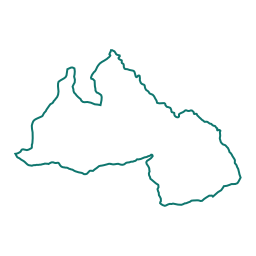 Dungmin, Pemagatsel, Bhutan (Albers equal-area conic projection)
{"feature_id": "84629894B90871610259656", "entity_name": "Dungmin", "entity_type": "district", "adm_level": 2, "iso_a3": "BTN", "parent_name": "Bhutan", "parent_adm1": "Pemagatsel", "projection": "albers", "projection_center": [91.278, 26.981], "detail": "fine", "context": "isolated", "style": "outline", "palette": "teal", "viewbox_px": 256, "rotation_deg": 0, "n_neighbors": 0, "source": "geoboundaries", "source_scale": "gbopen_adm2", "svg_char_len": 5833}
<svg xmlns="http://www.w3.org/2000/svg" viewBox="0 0 256 256"><path d="M67.4,69.2L66.5,75.4L65.6,77.1L64.1,78.3L60.6,80.3L58.6,81.7L58.1,83.3L58.0,86.1L58.5,91.5L58.1,94.6L57.2,96.9L54.5,100.3L53.8,101.0L53.3,101.7L53.2,102.3L52.4,103.1L50.4,104.2L49.4,105.5L46.4,109.8L45.9,111.0L44.0,113.1L42.5,115.9L41.8,116.4L37.3,118.4L35.3,119.4L34.1,120.3L33.2,121.4L32.4,123.4L31.8,125.7L32.0,128.9L32.6,132.4L32.7,138.3L32.4,143.0L32.1,144.2L31.8,145.0L31.9,145.9L31.8,147.6L31.5,148.1L28.7,149.6L26.9,150.1L23.0,149.3L21.7,149.7L20.5,151.7L19.1,152.6L17.9,153.2L16.8,153.6L15.4,153.8L16.5,155.9L17.2,157.1L18.3,157.8L18.9,158.0L20.0,158.7L21.1,159.6L23.7,161.1L25.4,162.5L25.6,162.8L27.6,164.6L28.8,165.2L31.9,165.7L33.4,165.2L35.6,165.1L36.2,164.9L38.6,164.9L39.6,164.7L40.8,164.7L41.7,164.4L44.4,163.8L44.8,163.6L48.0,163.8L48.6,164.0L49.6,163.3L51.4,162.4L53.0,162.3L54.1,162.7L55.2,163.0L56.3,163.0L57.3,162.8L58.0,162.8L58.5,162.9L58.9,163.4L59.3,163.9L59.9,165.0L61.0,166.3L62.2,167.0L63.3,167.3L64.5,167.4L65.0,167.6L67.0,167.7L68.0,168.1L69.2,168.8L69.8,168.9L71.1,169.4L72.2,169.6L72.7,169.8L74.3,170.8L75.4,171.3L78.6,172.3L81.8,172.9L82.7,173.3L83.9,174.1L84.9,174.2L85.9,174.1L86.8,173.8L87.4,173.3L88.0,172.6L89.2,171.4L89.5,171.0L89.9,170.8L91.0,170.7L92.2,170.9L93.0,170.9L93.3,170.6L95.0,169.2L96.6,168.1L99.1,166.1L100.8,165.7L101.3,165.7L103.8,165.2L107.2,164.3L108.9,163.8L110.0,163.8L110.4,164.0L110.9,163.9L111.8,164.2L113.2,164.4L115.3,164.2L116.2,164.0L118.2,163.8L119.7,164.3L120.7,164.6L122.2,164.8L123.3,164.6L123.8,164.5L124.5,164.1L125.8,163.1L126.3,162.8L127.0,162.6L129.5,162.3L130.0,162.1L130.7,161.8L131.5,161.7L132.4,161.7L133.0,161.6L133.6,161.3L135.2,160.9L135.6,160.7L136.3,160.1L136.7,159.6L137.1,159.3L138.6,159.4L139.4,159.2L140.7,159.0L144.5,157.4L146.1,157.1L147.2,156.8L147.5,156.5L148.4,156.2L150.2,155.6L150.5,155.4L151.2,154.7L152.0,154.8L152.4,155.2L152.6,155.8L152.6,156.3L151.0,158.2L148.9,159.7L147.1,160.8L146.3,162.2L146.6,163.8L148.4,166.5L149.2,168.3L149.4,170.7L149.6,171.3L148.9,173.3L149.1,175.2L150.1,177.3L150.2,178.2L150.5,178.9L151.6,179.7L155.6,183.1L156.3,183.6L158.2,184.8L158.5,186.2L158.4,186.7L158.5,187.3L157.5,189.1L158.2,191.6L158.7,192.4L158.8,192.8L158.8,194.0L159.0,195.3L159.9,196.7L160.8,198.6L160.9,200.6L160.9,201.0L160.8,201.5L160.3,202.0L160.1,203.1L161.0,204.0L162.7,205.1L164.8,205.8L165.9,205.5L166.9,205.0L168.1,204.4L169.7,203.9L171.6,204.0L173.0,203.6L178.0,204.6L181.4,204.8L182.0,204.6L183.1,204.2L184.9,203.3L185.8,203.3L186.8,203.0L187.4,202.7L190.1,201.7L191.4,200.7L193.1,200.5L197.3,200.3L198.6,200.4L200.7,201.0L202.1,200.8L204.1,199.0L206.0,197.7L209.2,195.7L211.9,195.6L212.9,196.6L217.9,192.2L221.2,190.2L223.1,187.5L223.8,186.2L226.9,185.8L229.5,184.9L231.4,184.1L235.3,184.0L237.4,183.2L238.5,181.6L240.6,177.6L239.4,174.2L239.1,172.6L238.1,168.7L237.3,167.4L236.8,166.2L236.7,165.5L236.1,164.6L235.4,163.7L235.0,163.4L234.8,162.9L234.9,160.2L234.4,159.1L232.4,156.0L231.9,154.9L231.2,153.8L230.4,152.8L229.7,152.3L229.3,151.7L229.2,150.8L228.0,148.1L227.0,147.1L225.6,145.5L225.0,145.1L224.1,144.8L222.8,144.3L221.5,143.0L220.9,142.1L220.7,141.7L220.4,140.6L219.8,138.6L219.9,137.5L220.1,136.5L220.2,135.6L220.1,134.4L219.9,132.2L220.0,131.6L220.4,130.9L220.2,130.5L219.8,130.2L219.4,130.0L218.9,130.0L217.9,130.3L217.4,130.3L217.1,129.9L217.1,129.4L217.3,129.0L217.3,128.5L216.9,128.1L216.1,127.6L215.4,126.4L215.1,126.1L214.6,125.9L214.1,125.9L212.7,125.3L212.3,125.0L211.6,124.2L211.3,123.9L209.8,123.6L209.3,123.3L207.6,122.0L207.1,121.8L206.1,121.7L205.1,121.8L204.6,121.8L204.3,121.6L203.2,120.6L201.9,119.8L201.6,119.5L200.5,118.4L199.3,117.4L198.5,116.5L197.3,115.4L196.7,114.0L196.3,113.8L195.8,113.8L194.3,114.0L193.9,113.7L193.8,112.6L193.6,112.1L193.3,111.7L192.5,111.1L192.2,110.7L191.8,110.5L190.8,110.4L189.8,110.8L188.8,111.0L187.8,110.9L186.1,110.3L185.3,110.4L184.1,111.4L182.9,112.2L180.6,113.2L179.3,114.0L179.0,114.4L179.0,116.5L178.7,116.9L178.3,117.2L177.8,117.3L176.8,117.2L175.9,116.8L175.2,116.2L174.8,115.8L174.4,114.9L174.3,114.4L174.3,113.4L174.2,112.9L173.7,112.7L172.8,112.4L171.8,112.1L171.5,111.6L171.4,111.2L171.3,110.2L171.0,109.2L170.3,107.9L168.6,107.2L167.1,106.9L166.7,106.7L165.7,105.5L165.4,105.1L165.3,104.1L165.0,103.7L164.6,103.3L164.2,103.1L163.7,103.1L160.2,103.3L159.2,103.3L157.7,103.0L157.0,102.7L156.8,101.7L156.5,100.6L155.2,98.5L154.3,96.7L153.6,95.7L152.6,94.7L150.4,93.8L149.6,93.4L149.1,92.7L148.6,91.8L147.9,91.1L146.2,90.0L145.5,88.9L145.2,88.2L145.0,87.6L144.6,85.4L143.9,84.7L142.2,84.1L141.4,83.5L140.7,82.7L139.8,80.2L139.9,78.3L139.7,76.4L139.6,75.9L139.3,75.6L138.7,75.5L138.0,75.8L137.6,76.2L136.8,77.1L136.3,77.1L136.0,76.8L135.7,76.4L134.7,72.6L134.3,71.6L133.6,70.9L132.7,70.6L129.7,70.0L127.6,69.3L126.9,69.1L125.9,69.1L125.2,69.0L124.5,68.6L123.8,66.9L123.8,65.6L123.6,64.4L123.4,64.0L121.9,63.0L121.7,62.5L121.8,60.9L121.7,60.4L120.9,60.0L120.2,59.7L119.4,59.3L118.9,58.9L118.6,58.5L118.5,58.0L119.8,56.2L119.6,55.4L118.6,55.2L116.7,54.6L116.1,54.1L115.8,53.4L114.8,51.9L114.5,51.4L114.0,51.1L113.4,51.0L112.8,50.5L112.2,50.2L111.0,50.2L110.8,51.2L110.2,52.4L109.6,53.6L109.4,54.4L109.6,54.7L110.1,55.0L110.3,55.6L109.8,56.3L109.0,57.2L107.9,58.0L107.1,58.8L104.1,60.7L101.8,62.0L100.6,62.9L99.8,63.5L98.3,65.3L97.3,66.8L95.8,70.0L94.9,71.4L93.9,72.2L92.4,74.3L91.9,75.1L91.0,77.6L91.3,78.7L92.9,79.1L94.6,80.8L94.9,86.3L95.4,88.7L95.5,90.6L96.7,92.5L98.3,93.1L100.1,94.3L101.2,95.2L101.7,97.1L101.5,100.2L100.5,105.1L97.8,104.6L94.8,104.3L90.9,102.7L87.4,102.0L84.4,102.2L83.3,102.0L82.7,101.8L81.3,100.6L80.6,99.1L78.4,97.3L76.6,95.5L75.4,93.9L74.1,92.6L73.5,90.9L73.4,89.3L72.6,86.6L73.6,84.4L74.7,82.5L74.9,79.6L74.1,76.6L74.6,74.2L74.8,71.3L74.4,68.4L73.2,67.8L72.5,67.5L71.9,67.5L71.2,67.5L70.5,67.8L67.4,69.2Z" fill="none" stroke="#0f766e" stroke-width="2"/></svg>